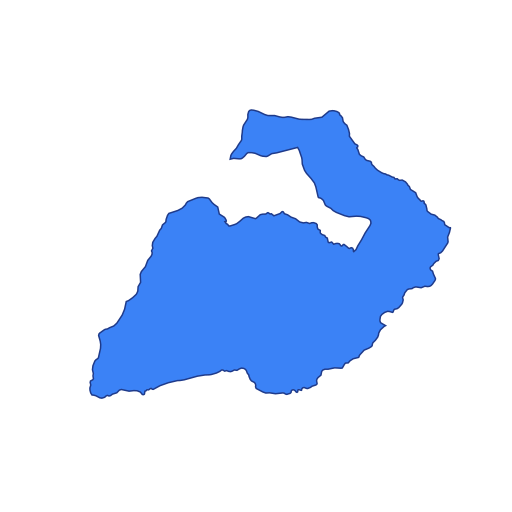 Colon, Nariño, Colombia (Albers equal-area conic projection), rotated 165°
{"feature_id": "7082276B55719342922597", "entity_name": "Colon", "entity_type": "district", "adm_level": 2, "iso_a3": "COL", "parent_name": "Colombia", "parent_adm1": "Nariño", "projection": "albers", "projection_center": [-77.053, 1.629], "detail": "fine", "context": "isolated", "style": "filled", "palette": "blue", "viewbox_px": 512, "rotation_deg": 165, "n_neighbors": 0, "source": "geoboundaries", "source_scale": "gbopen_adm2", "svg_char_len": 6108}
<svg xmlns="http://www.w3.org/2000/svg" viewBox="0 0 512 512"><g transform="rotate(165 256 256)"><path d="M352.2,295.9L353.5,292.8L353.6,290.2L355.6,288.0L355.4,286.1L356.1,284.4L357.4,282.9L361.7,279.8L365.6,274.3L370.7,270.7L372.6,268.2L374.3,260.4L377.8,256.9L379.3,252.6L380.6,251.0L381.5,250.0L385.8,247.7L390.6,245.9L393.1,245.6L396.7,238.6L400.5,233.6L407.7,227.2L411.5,225.2L416.1,224.6L418.3,224.0L420.6,224.2L421.9,223.9L426.7,222.1L427.8,221.4L428.6,219.9L428.5,214.1L428.9,210.7L430.1,207.0L434.5,198.6L435.3,197.9L437.4,197.2L438.8,196.3L441.9,192.2L443.4,188.5L443.5,184.6L444.5,182.4L444.8,179.5L445.7,178.7L448.2,178.1L448.9,176.8L449.0,174.1L450.6,171.5L451.1,169.3L451.1,166.5L450.4,164.2L448.8,163.6L446.9,162.5L443.5,159.4L441.7,158.6L440.8,158.6L438.7,158.7L437.3,159.5L436.1,159.8L435.6,159.8L434.2,158.8L432.6,158.8L430.5,159.7L425.9,159.9L422.7,161.8L420.6,161.9L413.6,158.3L408.8,157.6L405.7,156.6L402.9,154.5L401.7,151.7L400.8,151.2L399.8,151.3L399.4,151.7L398.3,154.2L397.3,154.2L395.9,155.0L394.3,154.5L392.6,155.2L391.6,155.3L390.6,154.1L389.7,153.8L382.2,155.6L373.5,156.3L364.2,156.0L361.5,155.4L357.4,155.0L343.7,155.1L336.1,154.3L331.7,153.3L329.8,153.1L324.5,153.2L320.8,153.9L319.0,154.7L318.4,154.7L317.5,154.4L316.1,152.9L314.0,152.9L312.4,151.7L310.6,150.9L309.1,150.9L306.4,151.5L304.0,150.5L301.1,151.3L299.1,151.5L296.9,150.6L295.8,149.5L295.0,148.0L294.7,145.0L293.8,143.0L293.9,141.4L293.5,138.3L292.7,136.5L290.3,134.3L289.7,132.9L289.7,131.3L290.3,129.7L290.1,128.0L284.6,122.9L282.0,121.1L278.2,120.3L272.8,117.9L265.5,116.8L264.3,116.2L263.2,115.0L262.1,114.4L258.6,114.5L257.5,115.1L256.8,116.6L256.0,117.1L254.9,117.2L254.3,117.0L253.2,116.0L252.4,114.2L251.7,113.7L250.9,114.0L250.2,115.6L249.8,115.9L248.8,115.6L247.1,114.5L246.8,114.5L246.0,116.0L244.8,116.6L243.5,116.5L241.6,115.1L240.4,114.6L237.3,115.0L235.6,115.7L231.5,115.9L230.3,116.5L230.0,117.0L229.8,119.8L229.1,121.2L227.6,122.5L224.1,124.1L222.4,127.6L220.8,128.6L218.7,128.8L215.6,128.0L208.9,127.6L202.9,125.6L201.6,125.5L198.7,128.4L197.4,129.4L194.6,128.9L192.2,130.5L188.7,131.6L183.3,131.5L182.6,131.9L182.2,132.8L181.1,133.8L175.9,137.1L170.8,137.8L167.8,138.7L167.0,139.4L166.2,141.1L165.5,142.0L162.5,143.7L159.5,146.1L158.2,147.9L157.4,149.8L154.9,152.5L150.3,154.9L148.9,155.2L152.9,159.3L153.1,161.2L152.8,162.4L151.4,165.5L149.5,167.0L146.3,168.2L143.2,168.5L141.4,167.8L138.7,166.2L138.1,166.4L137.1,167.9L136.1,168.7L133.3,168.6L131.5,169.2L127.6,171.8L126.6,172.9L125.2,175.5L125.2,177.8L124.8,178.6L123.2,179.9L121.8,182.0L118.5,184.4L116.8,184.6L113.8,184.1L112.1,184.7L109.6,184.8L104.7,182.6L100.7,183.1L98.0,182.0L96.0,181.8L94.5,182.2L92.8,183.2L89.4,186.1L88.7,187.1L88.5,187.8L89.3,192.7L89.4,195.7L90.8,197.2L91.1,198.6L90.8,199.7L90.1,200.4L87.5,201.4L86.4,202.6L83.4,204.3L81.1,204.5L79.8,206.0L79.6,210.0L79.3,210.9L79.1,211.1L76.8,211.3L74.5,212.6L67.5,218.9L66.8,220.0L66.0,224.7L63.1,228.6L60.9,232.7L60.9,233.0L62.1,233.4L65.6,237.4L65.4,239.5L65.7,240.8L67.4,242.3L68.0,243.2L70.2,245.0L70.7,246.5L72.7,249.2L76.0,251.1L78.8,254.7L79.1,255.8L78.8,257.0L78.7,261.0L78.8,261.8L79.9,263.4L79.6,264.4L79.7,265.5L80.4,266.1L82.2,266.1L83.0,267.2L83.2,268.1L84.2,269.4L85.0,271.5L85.4,275.8L89.6,280.3L89.9,283.4L91.0,285.1L91.1,286.1L92.4,288.9L95.1,291.5L97.7,291.9L98.8,292.8L99.5,294.0L101.8,294.5L102.4,296.2L104.0,297.0L106.9,299.7L108.5,300.5L109.6,301.7L111.3,302.5L113.2,304.0L116.4,307.4L118.1,310.1L118.9,312.0L120.3,314.2L120.5,315.5L120.3,316.7L121.1,317.9L124.5,319.8L125.5,321.2L126.3,323.8L128.4,325.5L129.8,327.4L130.1,332.6L130.7,334.2L130.5,334.7L129.5,335.1L129.1,336.1L129.5,337.0L131.5,338.8L134.8,347.5L134.0,350.1L133.9,354.1L134.4,358.8L135.7,360.4L136.7,362.4L137.0,363.6L136.7,367.2L137.8,369.7L138.6,370.7L138.5,372.4L139.5,373.7L140.6,374.7L142.9,376.0L144.6,376.6L147.9,377.0L156.4,373.0L163.9,373.9L166.7,373.6L168.9,374.0L176.3,376.1L178.9,377.0L186.0,381.0L189.1,382.3L192.9,382.6L194.7,383.1L197.1,384.2L201.6,386.8L208.2,388.6L211.0,390.4L216.5,395.1L220.3,397.3L222.8,398.3L224.5,398.2L225.7,397.4L227.2,394.9L228.0,391.9L228.9,390.3L234.1,385.6L235.1,384.1L236.7,380.7L237.2,379.1L238.8,375.3L239.5,372.5L240.2,371.4L244.0,368.2L247.1,365.1L250.6,362.9L253.0,361.0L254.2,359.7L255.9,356.2L252.3,356.1L247.1,354.2L245.3,353.8L243.9,354.1L241.4,355.3L238.4,357.4L236.9,357.9L233.3,356.9L230.2,355.4L225.5,351.7L223.8,350.7L220.3,349.4L218.8,349.5L214.3,350.8L209.3,350.3L187.7,350.1L186.9,346.9L186.4,339.1L186.6,337.0L187.5,332.8L186.9,326.1L185.8,322.7L182.7,316.5L180.7,311.5L180.3,307.3L180.7,296.8L180.2,296.0L178.9,295.4L177.9,294.4L176.5,292.2L175.9,287.6L175.5,286.7L174.6,285.6L171.4,282.7L169.7,279.9L167.2,277.4L160.1,272.1L156.0,269.8L148.7,268.5L144.8,267.2L139.6,264.4L137.6,263.0L136.3,261.1L136.2,259.9L136.5,257.9L138.0,255.9L144.6,250.0L149.9,244.3L155.0,239.5L157.7,236.3L160.4,234.9L160.7,235.5L160.3,236.9L160.7,238.6L161.9,239.4L163.8,239.1L164.6,239.6L165.8,241.5L167.9,244.3L168.7,244.5L170.3,243.5L170.8,243.5L171.3,243.8L172.3,246.2L173.7,247.0L175.5,247.4L177.9,247.3L179.3,249.9L182.0,249.9L182.7,250.8L182.5,254.9L183.9,256.2L184.3,258.0L186.5,259.5L187.8,261.2L187.9,262.0L187.3,264.1L188.9,265.6L189.3,266.4L189.3,268.5L188.8,270.2L189.4,271.7L191.7,273.3L193.6,273.7L195.8,273.5L198.6,275.4L201.6,275.7L204.4,277.2L205.2,277.8L208.1,281.7L212.1,284.5L214.8,287.6L217.6,289.5L218.2,291.5L218.8,292.0L219.6,292.0L221.7,290.8L228.3,290.2L230.2,292.8L231.4,292.9L233.1,294.7L233.6,294.8L235.8,294.0L238.7,294.7L241.2,294.8L245.9,292.4L246.9,292.2L253.1,296.0L255.9,296.3L258.5,295.8L262.7,293.7L266.3,292.2L268.7,291.9L273.3,291.7L274.5,292.1L275.3,294.1L276.3,294.9L277.1,297.2L276.0,297.0L275.6,297.5L275.6,298.5L276.1,300.6L276.7,301.8L280.6,306.0L280.3,313.2L283.2,316.7L284.6,318.9L286.3,323.2L287.3,324.4L293.0,326.7L296.9,327.4L299.1,327.3L307.9,326.2L309.6,325.1L311.1,323.5L314.9,321.3L319.7,320.2L329.1,319.7L330.9,318.2L333.3,314.7L334.2,312.4L334.9,311.8L338.3,310.2L340.3,307.2L342.3,305.9L346.6,300.7L348.9,299.1L352.2,295.9Z" fill="#3b82f6" stroke="#1e3a8a" stroke-width="1.5"/></g></svg>